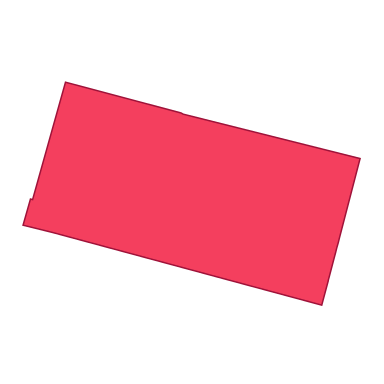 Cheyenne, Colorado, United States of America (orthographic projection), rotated 15°
{"feature_id": "52423323B81847933029004", "entity_name": "Cheyenne", "entity_type": "district", "adm_level": 2, "iso_a3": "USA", "parent_name": "United States of America", "parent_adm1": "Colorado", "projection": "orthographic", "projection_center": [-102.366, 38.83], "detail": "fine", "context": "isolated", "style": "filled", "palette": "rose", "viewbox_px": 384, "rotation_deg": 15, "n_neighbors": 0, "source": "geoboundaries", "source_scale": "gbopen_adm2", "svg_char_len": 440}
<svg xmlns="http://www.w3.org/2000/svg" viewBox="0 0 384 384"><g transform="rotate(15 192 192)"><path d="M41.4,118.7L40.0,240.6L37.8,240.6L37.4,267.8L67.8,267.2L340.1,267.7L342.7,267.7L346.6,267.7L346.6,248.6L346.6,246.7L346.6,242.6L346.5,242.0L346.5,238.8L346.4,218.9L346.4,218.5L346.4,213.4L346.3,208.7L346.4,203.0L346.3,198.1L345.7,116.2L163.3,119.1L161.1,118.5L41.4,118.7Z" fill="#f43f5e" stroke="#9f1239" stroke-width="1.5"/></g></svg>